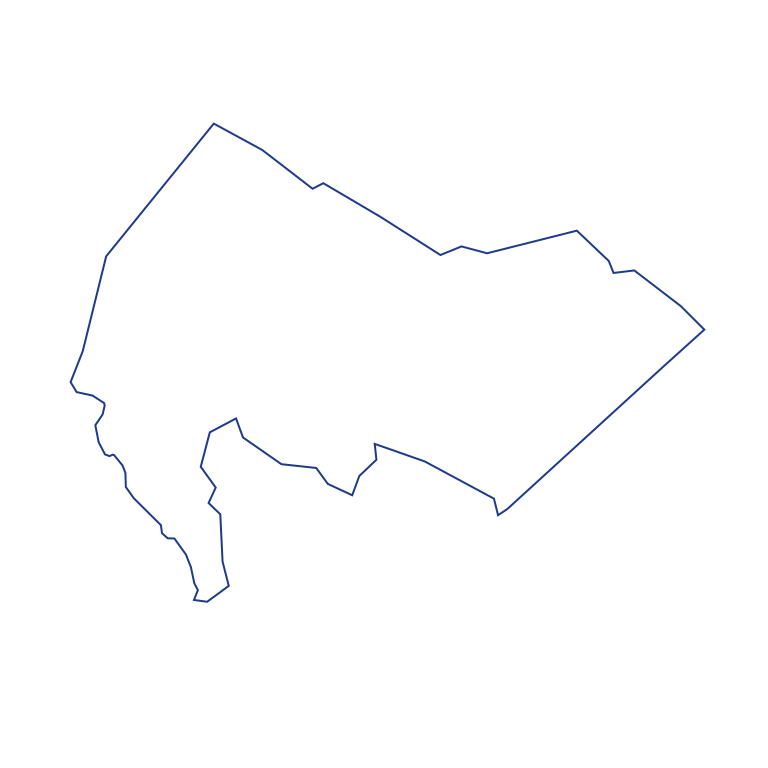 Grant, West Virginia, United States of America, rotated 277°
{"feature_id": "52423323B78270191990376", "entity_name": "Grant", "entity_type": "district", "adm_level": 2, "iso_a3": "USA", "parent_name": "United States of America", "parent_adm1": "West Virginia", "projection": "mercator", "projection_center": [-79.285, 39.071], "detail": "fine", "context": "isolated", "style": "outline", "palette": "blue", "viewbox_px": 768, "rotation_deg": 277, "n_neighbors": 0, "source": "geoboundaries", "source_scale": "gbopen_adm2", "svg_char_len": 929}
<svg xmlns="http://www.w3.org/2000/svg" viewBox="0 0 768 768"><g transform="rotate(277 384 384)"><path d="M477.0,695.3L497.4,669.2L527.2,618.6L522.2,598.3L533.5,592.1L559.7,556.7L526.3,470.3L530.0,444.1L518.9,424.3L549.6,359.8L575.9,299.3L569.1,289.3L601.4,234.7L621.7,183.3L476.9,92.7L379.9,81.0L347.7,72.7L338.5,79.9L337.0,96.1L330.9,108.6L328.5,109.4L319.5,108.4L307.9,102.5L291.4,107.9L280.1,115.7L279.0,120.3L280.8,123.4L280.6,124.7L271.3,134.4L264.2,138.2L250.3,140.3L240.1,149.6L216.7,179.8L208.9,181.8L204.5,188.1L205.1,194.8L190.6,208.2L178.6,214.7L163.1,220.0L156.7,224.4L146.5,221.7L146.3,235.0L164.7,254.5L188.1,245.4L234.7,237.4L244.5,224.4L260.7,229.6L279.5,212.2L314.8,217.0L331.8,241.3L313.7,250.6L291.9,292.0L292.4,327.0L278.0,340.4L269.7,366.0L289.7,370.7L307.9,385.7L323.4,382.1L312.1,433.9L283.6,507.1L267.7,513.2L275.0,521.7L436.2,659.9L477.0,695.3Z" fill="none" stroke="#1e3a8a" stroke-width="2"/></g></svg>